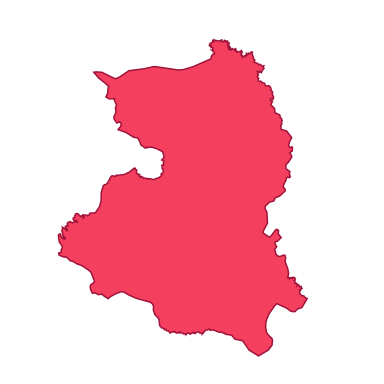 the district of Mueang Kalasin, Kalasin, Thailand, rotated 187°
{"feature_id": "78962969B94633890836153", "entity_name": "Mueang Kalasin", "entity_type": "district", "adm_level": 2, "iso_a3": "THA", "parent_name": "Thailand", "parent_adm1": "Kalasin", "projection": "orthographic", "projection_center": [103.542, 16.504], "detail": "fine", "context": "isolated", "style": "filled", "palette": "rose", "viewbox_px": 384, "rotation_deg": 187, "n_neighbors": 0, "source": "geoboundaries", "source_scale": "gbopen_adm2", "svg_char_len": 5999}
<svg xmlns="http://www.w3.org/2000/svg" viewBox="0 0 384 384"><g transform="rotate(187 192 192)"><path d="M315.3,133.8L314.2,132.2L313.4,132.1L312.2,130.8L312.3,130.0L313.7,130.9L313.7,129.9L314.7,131.1L315.6,130.8L317.9,134.4L319.1,133.5L319.3,132.6L317.7,126.3L314.5,122.7L314.1,121.6L314.2,119.6L314.8,118.9L314.4,116.2L316.9,115.2L316.2,113.1L310.8,111.7L309.9,112.2L308.5,111.9L304.5,108.9L301.5,108.5L297.3,106.6L292.6,105.6L285.0,101.8L282.4,99.9L278.0,91.7L278.1,90.6L281.2,87.5L281.5,85.7L280.8,82.8L278.5,79.4L275.7,80.0L272.3,78.7L268.7,79.7L267.7,78.6L262.3,75.9L260.1,78.3L255.6,81.5L250.4,84.3L248.8,84.4L246.8,84.1L242.0,82.0L234.5,79.7L219.8,77.5L217.7,76.2L216.2,73.8L216.0,70.1L213.9,65.8L210.5,63.1L209.2,61.3L207.8,55.5L205.4,53.3L204.3,53.5L203.1,52.9L202.7,52.0L201.4,52.6L200.6,51.3L198.0,51.0L196.7,49.3L194.6,50.7L192.4,50.9L192.3,51.4L190.5,50.1L189.2,50.2L188.4,51.1L187.0,50.4L187.0,51.5L186.0,51.5L183.7,50.2L180.7,50.1L180.6,49.7L180.0,50.8L178.6,51.5L176.7,50.7L176.3,51.4L175.9,51.1L175.3,51.8L173.2,52.3L173.6,52.8L173.1,52.9L171.7,51.8L170.2,53.6L168.4,53.9L167.5,53.1L165.1,52.9L164.8,52.2L164.5,53.2L163.7,53.1L163.7,54.1L162.4,55.0L161.7,56.6L160.1,56.9L158.7,58.0L157.9,57.9L157.4,57.0L153.7,57.7L148.2,56.1L145.8,56.5L144.7,55.9L142.2,55.9L141.6,54.9L135.2,54.7L131.6,51.2L123.6,50.5L116.0,42.0L106.0,37.4L96.8,44.6L93.9,49.7L94.0,54.5L94.7,56.2L99.1,59.6L101.0,62.0L102.4,66.6L102.8,71.2L102.3,75.0L100.6,80.6L96.3,88.7L94.3,91.6L83.8,88.2L79.2,85.6L75.4,85.7L73.1,88.6L68.8,90.8L64.7,100.2L67.7,101.5L68.4,102.6L70.3,102.3L72.7,104.5L73.1,105.5L72.3,107.7L73.1,107.9L71.2,109.5L72.0,109.9L71.6,110.7L72.1,111.5L73.6,111.0L74.5,112.7L75.8,112.9L76.4,112.1L76.3,113.4L77.1,114.1L78.4,114.4L78.1,113.8L78.7,113.8L79.0,116.6L79.7,116.7L78.8,118.5L80.0,119.6L81.6,119.6L81.8,118.7L82.2,119.3L82.9,118.7L83.5,119.1L83.8,118.4L85.2,118.8L85.1,117.9L85.9,118.7L86.6,118.6L86.1,122.7L87.4,127.0L91.0,134.2L91.1,138.2L91.8,140.4L93.3,140.6L97.0,138.6L99.1,139.0L100.8,140.2L103.0,145.2L101.2,148.0L103.5,151.2L103.6,152.0L103.0,152.9L101.2,153.5L97.9,157.6L101.3,161.0L101.4,164.4L103.0,165.3L104.2,164.9L108.9,156.8L111.4,157.4L116.5,160.1L116.2,162.7L113.3,170.4L115.3,181.5L117.4,184.2L117.7,186.5L114.2,191.2L109.7,193.1L108.6,196.4L104.6,198.6L99.7,204.3L99.8,206.1L102.1,207.9L101.7,211.0L100.1,215.1L99.9,217.6L99.1,218.5L96.9,218.1L96.3,219.3L97.6,221.8L97.3,224.2L101.3,226.4L102.1,228.8L102.0,230.7L99.9,233.3L97.3,238.8L97.9,240.8L99.9,242.8L97.5,244.9L97.6,248.1L98.5,249.1L99.4,248.1L100.4,248.2L101.8,250.1L101.2,254.0L99.7,258.2L105.6,264.1L111.1,265.0L112.0,268.8L111.1,270.2L111.7,272.1L111.2,273.9L112.0,275.5L113.6,277.2L114.3,279.3L119.3,280.8L120.2,284.9L124.3,288.2L123.2,291.8L123.7,292.3L125.3,292.2L125.3,294.1L124.8,294.5L122.9,293.9L122.5,296.1L124.3,298.9L124.2,301.2L125.9,302.4L126.2,304.4L127.2,306.0L128.8,306.8L131.9,306.3L132.6,306.8L133.0,308.6L136.1,309.4L137.4,310.5L138.9,309.8L139.7,310.3L140.1,311.7L139.6,313.0L141.5,314.6L140.3,316.3L141.5,317.6L140.7,318.8L141.8,319.7L140.9,319.9L139.9,318.8L139.1,319.8L137.6,318.9L137.3,320.7L135.6,323.5L136.5,324.8L136.1,326.0L137.8,325.6L139.7,327.0L141.6,326.6L142.3,327.5L146.4,328.6L145.7,330.6L147.1,331.5L147.5,333.4L149.7,337.1L149.0,338.1L149.4,338.4L150.5,338.0L151.6,336.2L152.7,336.7L153.1,335.7L154.8,336.3L154.3,334.5L155.5,334.4L155.4,333.0L156.8,333.5L158.4,331.8L159.1,334.1L160.3,334.2L159.8,335.3L160.3,336.7L159.4,336.4L159.0,336.9L160.4,338.4L161.2,337.4L164.8,336.3L165.3,336.5L165.1,337.7L166.6,337.9L165.9,338.9L166.1,339.6L168.0,338.5L169.4,339.2L169.9,338.0L170.6,338.2L171.4,339.7L172.7,339.0L171.9,337.9L172.8,338.1L173.4,339.2L172.2,340.7L172.8,341.2L173.6,340.8L173.2,342.0L174.6,342.1L174.3,343.3L173.4,343.6L173.2,344.4L174.9,345.1L175.8,344.9L175.4,346.1L177.7,345.6L177.5,346.3L178.2,346.5L178.7,345.6L180.4,344.6L180.9,346.6L183.9,345.0L188.2,345.5L188.5,344.3L189.4,345.6L190.0,344.3L189.7,343.4L192.2,341.6L192.7,339.6L191.7,338.9L190.9,339.8L190.7,337.7L190.0,338.0L188.7,337.5L189.0,335.6L189.8,335.3L188.1,334.8L188.2,333.8L187.2,333.6L186.5,332.0L186.7,331.5L187.9,331.4L189.4,329.1L189.4,326.5L206.0,316.6L215.3,312.5L220.4,311.4L243.6,312.0L245.9,311.6L254.5,308.5L269.4,304.7L277.9,297.3L281.4,295.2L284.0,295.6L295.8,299.8L301.3,299.6L304.1,298.9L298.4,293.7L290.7,289.0L287.5,286.5L288.0,284.8L287.7,280.1L289.0,275.8L285.4,274.3L280.4,275.2L280.7,274.6L280.1,273.4L277.4,268.8L278.3,266.5L277.2,261.8L278.8,256.8L278.0,255.9L278.3,255.0L275.1,251.3L272.2,252.7L270.4,251.0L271.0,248.1L273.0,244.9L264.7,243.0L256.4,239.1L252.8,239.2L250.3,236.2L248.4,232.5L244.1,230.1L243.3,230.0L242.9,231.0L241.6,230.4L240.5,231.3L237.0,231.5L232.4,230.7L226.1,228.4L224.0,223.7L224.4,222.2L226.0,220.1L223.8,219.4L224.1,218.0L223.3,215.2L225.1,215.1L224.4,211.4L223.2,210.9L223.1,208.0L224.9,206.0L224.0,205.0L226.3,202.4L231.8,199.6L235.8,200.1L237.8,199.4L238.1,200.0L239.7,199.7L240.5,200.2L241.9,199.6L242.5,200.6L244.1,201.3L245.2,200.2L246.1,201.4L246.0,202.1L246.5,201.6L247.2,202.2L247.0,203.1L249.5,203.9L249.5,206.9L251.5,208.1L251.2,208.5L251.7,208.8L252.2,208.0L252.9,208.2L253.9,206.5L254.3,206.6L256.1,204.5L261.2,201.2L267.7,199.5L269.1,199.6L269.5,198.2L273.3,198.4L274.4,197.3L276.9,190.8L278.6,188.7L279.5,188.7L280.8,187.6L282.0,180.7L281.2,172.6L281.9,166.5L285.3,159.7L291.0,158.4L291.3,156.4L292.6,155.6L292.9,156.2L297.7,156.0L297.7,155.2L296.1,154.0L296.0,153.3L296.6,152.9L296.4,153.7L296.9,154.4L298.6,154.7L299.5,154.1L299.5,154.7L300.6,154.8L302.8,156.7L304.7,156.2L305.4,154.5L305.2,152.9L306.6,152.1L306.7,150.5L306.0,149.6L303.6,149.4L303.2,149.0L303.1,148.8L302.7,149.0L302.5,148.8L302.8,148.5L302.4,148.6L302.2,148.2L302.8,148.4L303.7,149.3L307.2,146.7L308.9,147.8L311.4,146.8L311.9,145.3L311.0,143.3L312.4,143.4L313.6,142.0L311.2,139.3L311.8,138.8L311.3,138.6L311.4,138.3L312.3,139.4L316.3,141.2L315.7,139.9L316.3,139.3L316.4,137.5L315.5,135.6L315.3,133.8Z" fill="#f43f5e" stroke="#9f1239" stroke-width="1.5"/></g></svg>